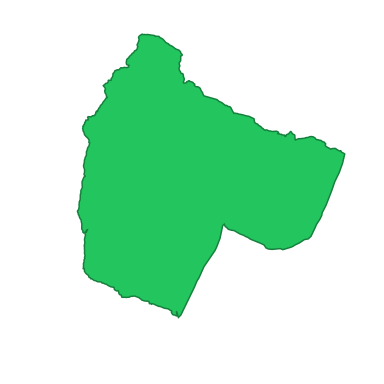 North Tanna, Tafea, Vanuatu, rotated 296°
{"feature_id": "77236927B7031422019545", "entity_name": "North Tanna", "entity_type": "district", "adm_level": 2, "iso_a3": "VUT", "parent_name": "Vanuatu", "parent_adm1": "Tafea", "projection": "orthographic", "projection_center": [169.312, -19.371], "detail": "fine", "context": "isolated", "style": "filled", "palette": "green", "viewbox_px": 384, "rotation_deg": 296, "n_neighbors": 0, "source": "geoboundaries", "source_scale": "gbopen_adm2", "svg_char_len": 5895}
<svg xmlns="http://www.w3.org/2000/svg" viewBox="0 0 384 384"><g transform="rotate(296 192 192)"><path d="M293.1,312.6L293.3,311.8L293.4,308.9L294.3,307.6L294.2,307.3L293.6,306.9L293.5,306.1L293.7,303.3L294.0,302.2L293.9,301.4L292.4,298.8L291.4,297.9L291.3,297.5L291.5,296.8L291.5,294.5L291.8,292.2L292.5,291.2L293.8,291.1L294.0,290.8L294.8,288.8L294.4,287.1L294.8,285.9L294.9,285.1L294.4,284.0L294.3,282.5L293.7,281.2L293.7,280.6L294.6,278.6L294.7,276.6L294.2,275.0L293.4,273.7L292.0,272.5L290.9,270.7L289.4,269.3L288.3,267.3L287.4,266.1L286.8,264.6L284.2,262.2L284.3,261.7L288.1,259.5L288.3,259.0L288.3,256.8L289.4,255.1L289.7,254.3L289.3,254.0L286.6,253.3L285.2,252.0L283.0,251.7L282.8,251.4L283.1,250.7L283.7,250.7L283.8,250.5L282.9,248.2L283.1,247.3L282.7,246.5L282.5,244.6L282.1,244.3L282.1,243.6L282.7,243.9L283.3,243.8L283.7,243.1L283.8,242.3L283.6,241.1L281.5,237.5L281.2,235.7L280.7,235.0L280.6,232.0L280.1,231.1L279.7,230.9L279.5,229.8L280.2,227.9L280.3,226.3L281.0,225.2L281.0,222.9L281.8,221.2L281.6,218.7L282.4,217.5L285.0,215.6L285.0,215.3L285.0,210.0L284.3,207.6L283.4,202.8L282.5,199.9L282.4,198.2L282.1,197.7L281.6,195.7L281.1,195.3L282.3,193.2L284.8,190.0L285.2,188.9L285.1,187.9L284.7,187.1L285.0,185.3L284.8,184.6L284.4,184.2L285.4,179.6L285.3,176.7L286.0,173.9L283.8,161.6L283.7,160.7L284.4,159.4L285.9,157.9L287.5,155.2L288.3,154.5L288.9,153.5L289.2,151.9L289.1,151.1L288.4,149.4L288.8,147.5L290.1,147.2L290.3,145.8L290.8,145.1L290.9,144.0L290.4,141.4L290.8,141.0L290.6,140.4L290.2,140.0L289.6,139.8L288.8,139.0L287.9,139.0L287.5,138.8L286.5,137.4L286.4,136.5L286.6,136.2L289.7,135.7L290.7,135.2L291.4,134.2L293.6,132.7L294.3,131.7L293.9,130.4L294.0,130.0L295.1,128.8L295.9,127.4L296.9,126.4L297.6,126.1L300.2,125.7L301.4,124.4L302.6,123.9L305.0,124.3L308.9,122.4L309.4,122.4L310.3,123.2L311.0,123.1L311.3,122.8L311.9,121.1L313.0,120.2L313.7,118.4L313.7,117.1L313.4,114.8L314.3,110.4L314.3,107.0L314.9,105.7L314.8,104.3L315.0,102.7L316.5,99.2L316.8,97.3L316.7,95.7L317.3,94.2L317.2,93.7L316.2,91.3L315.8,90.9L315.8,90.5L316.1,90.2L316.1,89.2L315.3,87.0L314.1,83.0L313.2,81.6L312.7,80.1L312.1,79.2L312.0,78.0L310.0,76.7L308.4,76.1L307.5,76.2L306.0,77.5L305.1,77.8L302.8,78.1L300.3,78.1L299.5,78.7L298.9,79.6L298.1,79.6L296.5,80.0L294.6,79.4L293.6,78.5L292.7,78.6L291.2,78.1L290.1,77.4L288.9,77.4L288.0,76.9L286.2,76.3L284.6,76.2L283.8,75.6L282.5,75.3L280.2,75.9L278.6,76.7L277.9,77.5L278.2,79.9L277.2,79.8L276.5,80.2L275.5,79.2L274.8,78.0L274.3,76.4L273.3,75.5L272.5,73.6L270.1,72.8L269.5,72.3L269.2,71.4L268.4,70.6L267.8,70.3L267.4,69.6L265.2,69.6L264.2,69.2L263.5,69.1L262.5,69.7L261.7,69.9L259.8,70.1L258.9,69.7L258.3,69.7L258.0,69.8L257.6,70.2L256.9,70.3L255.8,67.9L255.2,67.9L254.2,68.4L253.4,68.4L252.4,67.7L251.7,66.8L249.7,66.3L249.1,65.6L248.7,65.6L248.5,65.8L247.7,67.8L247.3,68.4L246.5,69.1L245.4,69.0L244.5,69.3L243.0,70.4L242.1,72.0L240.4,73.3L240.1,74.1L239.7,74.3L239.2,74.3L239.0,73.7L238.7,73.6L236.0,73.3L234.0,72.7L232.4,72.7L231.3,72.5L229.6,71.8L227.6,72.0L226.6,71.5L224.7,71.6L224.1,71.4L223.0,71.8L223.0,70.9L222.6,70.7L221.1,70.7L220.7,71.1L220.2,71.1L219.1,70.9L218.0,70.9L216.9,69.2L215.2,68.2L214.4,66.0L213.6,65.4L213.1,65.6L212.4,66.7L211.4,67.0L211.1,66.4L210.3,65.7L210.1,65.1L208.5,65.4L208.0,65.2L207.2,65.2L205.8,65.6L205.2,65.3L203.8,65.5L203.4,65.1L202.8,65.3L202.1,65.8L201.1,65.9L200.5,66.6L199.3,67.2L198.2,68.8L196.4,70.3L195.4,72.5L194.7,74.9L193.7,76.5L192.9,77.1L191.5,77.5L191.2,77.8L191.2,78.6L188.0,79.2L186.7,78.9L185.5,78.9L183.8,79.4L181.7,79.5L179.0,80.9L175.9,80.9L174.8,81.3L173.5,81.3L171.2,82.3L168.0,83.0L167.1,83.6L165.4,85.3L164.5,85.9L162.7,86.7L160.5,87.2L160.1,87.6L159.6,88.9L159.4,89.1L158.0,88.3L153.1,88.7L151.7,89.3L150.5,90.1L149.8,90.3L148.3,91.4L144.6,91.5L142.5,92.5L140.9,92.7L136.0,94.9L134.0,94.9L133.2,95.3L131.2,96.0L129.1,97.1L127.8,97.5L126.3,97.7L124.8,97.4L124.1,97.7L123.2,98.8L121.7,99.9L121.6,100.6L120.3,101.6L119.1,103.0L118.3,104.6L117.3,105.1L114.8,107.1L110.6,109.0L110.1,109.5L109.5,110.8L108.1,111.5L107.7,112.5L108.3,113.1L108.6,113.1L109.3,113.7L110.2,114.0L111.8,114.0L112.2,114.5L109.6,114.7L109.2,114.4L108.7,113.8L108.1,113.9L107.4,114.3L106.8,115.1L102.6,116.0L101.6,116.5L99.4,118.0L96.3,118.7L96.1,119.3L94.6,119.8L92.0,121.3L89.6,122.3L87.8,123.9L86.1,124.0L85.4,124.8L84.1,124.6L82.2,125.5L79.8,125.9L78.3,126.8L77.5,127.0L76.8,127.6L75.8,127.6L75.4,127.8L75.4,128.0L76.0,128.4L75.9,128.8L73.5,130.2L72.1,132.8L71.7,135.2L71.3,135.8L70.4,136.5L70.2,137.2L70.3,138.1L69.6,139.2L70.1,139.9L69.6,142.9L70.1,144.6L69.9,146.3L71.2,149.4L71.2,150.0L70.8,150.8L70.8,151.2L71.2,152.0L71.2,154.1L71.6,155.6L71.2,157.2L71.2,160.7L72.1,163.6L71.7,164.2L70.8,164.5L70.2,165.3L70.0,167.3L70.3,168.0L70.9,168.8L70.6,169.3L68.5,171.1L68.1,172.1L68.3,173.7L67.4,174.3L66.7,175.1L66.9,175.8L67.8,177.4L68.4,179.1L70.2,182.0L71.4,182.6L72.1,184.2L73.0,185.4L73.4,186.5L73.8,190.6L73.4,192.1L73.3,193.1L72.9,194.2L73.0,195.4L73.3,197.2L74.7,200.8L74.5,201.4L73.0,202.7L73.8,204.0L73.4,204.5L73.4,204.9L74.2,205.4L74.5,206.4L74.5,210.0L74.7,210.9L74.5,211.7L75.2,213.9L75.4,217.9L76.6,222.1L76.2,223.4L76.3,225.5L76.1,225.8L75.8,226.1L75.2,226.0L74.5,226.6L73.4,228.3L73.5,229.6L73.8,230.0L73.8,232.3L74.5,232.5L75.2,232.3L77.4,230.6L77.6,230.7L76.3,232.1L73.9,234.0L73.3,234.8L76.5,235.9L107.3,235.9L114.0,235.5L118.0,235.9L130.2,235.5L149.2,238.3L153.1,238.3L162.6,237.5L175.3,234.3L177.2,235.1L175.5,237.1L175.3,238.8L174.5,240.6L174.5,241.7L175.0,244.5L175.8,246.7L175.3,253.5L175.7,257.4L175.5,260.0L175.7,262.2L175.2,265.1L176.0,276.6L176.0,279.9L174.2,283.0L174.2,285.5L175.5,289.1L179.8,296.1L180.0,298.9L184.3,303.6L186.8,306.1L189.9,308.1L193.2,310.8L198.5,313.9L200.8,317.0L204.3,318.4L214.4,318.3L217.2,318.1L223.8,318.9L227.6,318.9L230.6,318.1L238.7,318.3L255.3,316.9L263.8,315.8L274.1,315.8L284.0,314.7L293.1,312.6Z" fill="#22c55e" stroke="#15803d" stroke-width="1.5"/></g></svg>